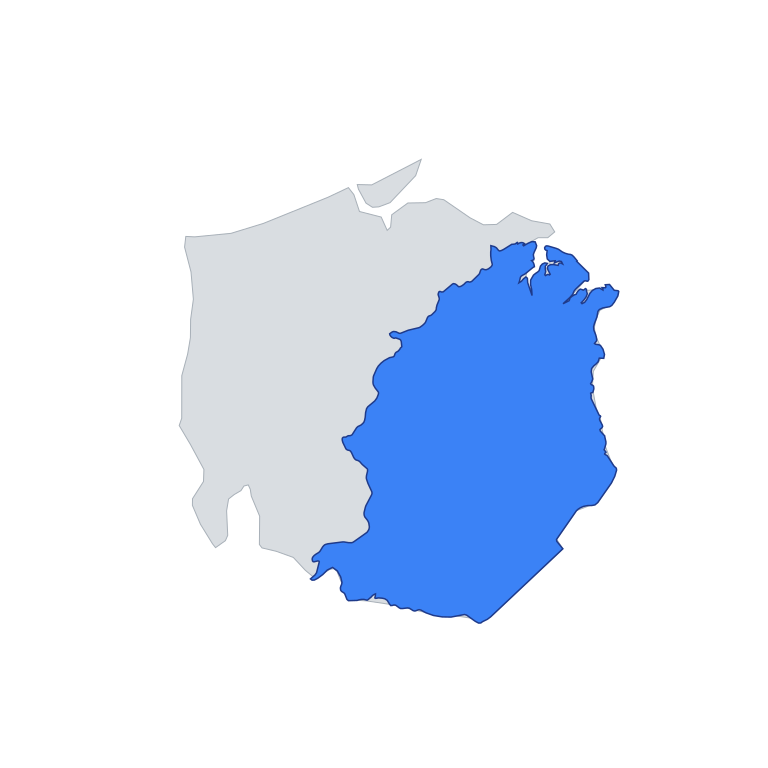 location of Northern within Sierra Leone, rotated 137°
{"feature_id": "SLE-762", "entity_name": "Northern", "entity_type": "Province", "adm_level": 1, "iso_a3": "SLE", "parent_name": "Sierra Leone", "parent_adm1": "", "projection": "mercator", "projection_center": [-12.175, 9.121], "detail": "fine", "context": "in_parent", "style": "filled", "palette": "blue", "viewbox_px": 768, "rotation_deg": 137, "n_neighbors": 0, "source": "natural_earth", "source_scale": "10m", "svg_char_len": 7746}
<svg xmlns="http://www.w3.org/2000/svg" viewBox="0 0 768 768"><g transform="rotate(137 384 384)"><path d="M618.8,379.2L618.4,384.1L613.9,406.6L606.9,425.9L602.3,430.7L582.5,435.8L574.0,444.3L566.8,471.8L562.1,493.3L555.3,496.9L526.2,528.0L507.2,539.8L494.0,549.9L481.4,563.1L465.6,576.0L448.7,597.6L436.5,620.1L428.3,627.1L422.1,620.7L393.1,598.5L362.7,583.7L297.7,558.8L276.1,551.9L276.9,543.0L284.3,526.9L272.2,508.0L276.9,494.2L272.2,494.2L262.9,502.5L243.1,500.1L230.0,488.3L219.3,484.0L214.6,478.0L207.7,446.8L202.7,432.6L192.8,423.9L172.9,421.8L164.7,402.7L153.6,387.9L155.4,378.8L164.4,379.3L171.5,385.9L182.8,388.7L196.9,372.7L209.6,364.0L212.5,356.4L211.0,352.3L203.3,358.7L182.3,357.1L177.1,362.9L167.8,364.8L160.5,346.0L160.9,335.0L163.8,322.9L185.0,320.8L186.8,316.9L172.1,314.3L153.8,300.1L150.5,290.4L159.6,287.1L168.3,288.5L175.8,290.6L184.0,287.2L191.7,281.8L196.3,275.0L202.5,256.6L222.3,250.5L234.0,239.3L245.2,221.8L250.3,209.5L254.8,203.4L257.7,198.1L259.9,192.3L264.8,187.0L270.1,174.0L273.6,162.1L285.1,156.5L308.4,151.5L329.5,160.1L363.7,152.6L365.5,141.5L396.8,141.3L433.8,141.1L464.7,140.9L475.3,143.9L479.1,152.2L489.3,165.1L499.9,174.1L513.0,193.8L528.3,216.7L544.8,237.4L555.4,248.6L556.6,252.5L555.9,257.0L550.6,267.5L546.2,278.9L546.6,283.1L549.8,285.3L567.0,288.8L568.6,301.5L568.6,319.0L577.0,335.3L585.0,347.3L584.6,351.6L565.1,372.1L557.5,392.5L553.6,398.2L552.1,402.8L556.0,404.9L561.3,403.6L568.9,405.3L576.1,405.9L585.6,398.6L601.5,379.9L606.8,377.6L618.8,379.2ZM269.8,544.0L267.5,548.1L257.2,538.0L203.6,522.9L218.7,514.8L255.9,512.5L267.0,517.1L271.9,521.1L273.8,528.5L269.8,544.0Z" fill="#d9dde1" stroke="#a8b0b8" stroke-width="1"/><path d="M464.8,141.0L468.8,141.4L474.1,143.0L476.2,143.2L477.9,144.7L479.1,148.2L481.2,158.6L482.3,160.5L493.9,167.8L500.3,174.0L505.7,181.0L509.4,188.1L511.2,193.5L512.2,195.0L513.0,195.5L515.6,196.5L516.6,197.3L517.3,198.5L518.3,202.6L519.5,204.2L523.4,207.0L525.0,208.5L525.5,209.8L526.3,214.2L527.4,215.6L529.0,216.4L530.2,217.4L530.0,219.6L529.2,223.6L529.9,226.4L531.5,228.7L533.9,231.3L536.3,232.9L536.6,233.8L534.9,234.9L533.4,236.3L535.4,237.0L538.1,237.1L539.1,236.9L540.7,237.1L542.3,237.1L543.8,237.4L545.6,240.2L547.5,241.9L549.6,243.3L551.2,244.0L557.8,249.8L558.0,251.8L555.8,257.3L555.8,258.6L556.5,261.3L556.3,262.8L555.0,264.6L553.4,265.6L551.6,266.4L550.1,267.5L547.3,272.4L545.6,279.2L546.7,284.9L552.3,286.6L558.8,286.4L564.9,287.1L568.6,288.1L570.4,289.6L570.7,291.6L564.7,291.4L562.0,292.0L552.6,298.1L552.4,298.7L553.0,299.7L556.5,301.7L557.0,302.4L557.0,303.3L556.0,304.9L555.1,305.6L554.0,306.0L552.0,306.2L550.1,306.0L546.6,305.3L545.6,305.3L544.6,305.4L540.0,306.7L538.2,306.9L537.0,306.8L536.1,306.5L534.0,305.4L522.1,296.8L521.0,295.8L518.1,292.1L515.9,290.0L514.9,289.5L513.5,289.2L497.6,287.1L495.3,287.6L493.8,288.2L492.2,289.4L490.0,292.6L489.4,294.1L489.0,295.9L488.7,299.8L488.1,301.3L487.2,302.6L486.1,303.7L481.5,306.7L480.1,307.4L468.7,311.4L467.3,312.2L466.4,313.5L463.5,322.3L461.5,326.7L460.5,327.9L459.2,329.0L455.6,331.4L454.4,332.6L454.1,333.3L454.8,340.0L454.7,343.9L455.1,345.5L456.3,347.6L456.5,349.3L456.2,351.1L454.6,355.9L454.3,357.6L454.4,358.4L454.7,359.1L455.6,360.4L455.9,361.1L456.1,362.5L454.0,369.2L453.1,371.0L452.2,372.2L451.4,372.8L450.5,372.9L449.8,372.7L448.1,371.2L445.8,370.7L445.1,370.3L444.0,369.3L442.5,368.7L441.7,368.7L433.9,370.7L432.1,370.7L428.9,369.7L426.6,369.6L424.8,369.8L422.9,370.7L420.4,372.5L417.0,375.6L413.5,377.9L411.2,378.4L402.4,377.9L398.8,378.6L395.4,380.2L394.5,380.8L394.0,381.3L393.6,382.1L393.2,386.9L392.4,390.4L391.8,391.6L390.7,393.0L387.1,396.4L386.0,397.1L378.8,400.2L375.9,401.0L371.8,401.3L367.9,401.0L362.0,399.5L359.2,397.8L358.1,397.4L357.0,397.7L355.4,398.6L354.3,398.9L353.4,398.9L351.4,398.4L348.9,398.6L347.5,399.1L345.6,399.1L342.4,403.3L341.9,404.8L341.9,405.6L342.2,406.3L343.7,409.2L344.1,409.8L345.4,410.5L345.8,411.1L346.4,412.7L346.5,414.3L346.2,416.0L345.6,416.9L342.6,416.5L341.8,416.2L341.1,415.8L339.6,414.0L338.4,410.9L337.9,410.3L337.3,409.8L329.6,406.8L320.1,401.4L319.0,401.0L315.9,400.6L313.6,400.6L312.3,400.7L311.2,401.0L306.8,403.0L305.5,403.2L304.5,403.0L303.1,402.3L301.9,402.1L297.4,402.2L296.0,402.5L294.9,402.9L293.8,404.0L291.4,405.6L286.0,408.1L285.0,409.2L283.5,412.4L282.7,413.1L281.2,413.9L280.3,413.8L279.8,413.3L279.0,411.8L277.7,411.0L265.8,410.4L264.8,410.1L263.8,408.8L263.3,407.2L263.1,404.4L262.6,403.9L262.0,403.4L260.5,402.8L257.7,402.4L254.9,402.5L253.5,402.1L252.7,401.5L251.9,400.1L250.5,399.4L249.6,399.2L240.3,399.4L238.9,399.6L235.7,401.3L234.6,401.4L233.7,401.2L233.2,400.6L232.5,399.2L231.5,398.0L230.5,397.5L229.0,397.0L226.1,396.7L224.7,396.9L223.6,397.3L223.1,397.8L221.2,401.3L218.5,405.0L215.9,407.8L214.1,409.3L211.5,412.3L209.5,409.1L208.9,406.9L209.1,404.0L209.0,403.1L208.7,402.4L207.2,401.6L204.9,400.9L195.2,399.0L194.2,398.1L192.6,397.0L190.0,396.7L189.4,396.5L190.8,396.3L190.8,395.2L188.9,394.8L187.3,394.0L186.1,392.7L185.5,390.9L187.6,390.9L187.6,389.8L183.1,388.8L178.8,387.3L176.5,384.9L178.0,381.1L179.8,379.8L184.5,377.9L186.5,376.8L187.6,375.3L188.6,373.5L189.8,372.7L191.9,373.6L191.8,371.8L192.3,370.1L193.1,368.5L194.0,367.2L195.5,367.6L205.8,368.3L208.8,369.1L210.5,369.3L211.8,368.8L214.9,366.7L216.3,366.0L213.5,365.4L210.2,365.8L207.2,365.5L206.9,363.7L206.8,363.8L209.8,360.1L215.4,347.7L211.5,352.5L209.0,356.8L205.9,360.0L200.4,361.7L197.6,361.5L195.3,361.1L193.2,361.1L189.2,363.5L186.4,363.8L183.8,362.9L182.2,360.7L185.7,360.1L187.6,358.1L189.1,355.9L191.9,354.2L191.9,353.1L189.7,352.6L189.1,352.0L188.6,350.9L187.6,350.9L186.2,355.8L185.1,357.7L183.3,358.5L180.8,357.7L178.6,355.8L175.8,352.0L174.2,352.9L173.0,352.7L172.1,351.7L171.5,350.0L170.7,352.6L172.0,354.4L174.4,355.5L176.9,356.3L174.8,357.4L179.1,360.6L179.3,364.1L177.0,367.5L173.7,370.3L174.4,371.6L174.4,373.0L173.6,374.1L172.0,374.6L170.8,374.1L169.8,372.9L165.7,366.0L164.5,363.5L163.5,358.9L162.3,356.0L160.7,353.3L159.2,351.5L158.5,349.8L158.4,347.2L158.7,342.3L159.4,342.3L158.7,325.6L163.0,320.6L164.8,320.2L165.5,320.8L166.0,321.8L167.3,322.8L179.2,322.7L181.7,322.3L184.9,320.9L189.3,320.5L198.3,320.6L191.9,318.7L190.8,319.1L189.7,320.0L187.0,320.0L184.1,319.4L182.2,318.6L180.5,319.3L178.0,319.8L175.8,319.6L174.8,318.0L174.3,316.8L173.2,316.5L172.1,316.5L171.5,316.3L171.4,315.1L171.8,314.6L172.3,314.3L173.8,311.3L177.0,309.8L180.8,309.1L184.4,308.9L184.4,307.7L181.6,306.9L178.1,307.5L171.5,309.9L167.9,310.3L164.0,309.4L160.9,307.2L159.8,303.4L159.2,304.1L158.9,304.2L158.7,304.5L158.7,305.7L156.4,303.4L155.5,303.6L154.5,305.7L151.2,303.0L151.7,295.5L149.2,292.6L149.2,291.6L152.9,288.9L159.7,286.8L163.8,286.1L166.2,286.6L172.1,290.4L175.7,291.6L178.0,291.2L182.7,287.7L188.7,284.8L191.6,283.0L193.7,280.4L195.7,275.4L197.0,273.1L198.5,271.0L199.4,270.5L202.4,270.1L202.2,268.8L200.1,266.2L199.4,264.6L200.1,260.1L202.6,255.2L205.8,252.9L208.9,256.1L212.3,254.2L215.3,254.0L218.3,254.2L221.6,253.7L224.2,251.5L227.9,245.3L230.6,243.9L232.7,243.3L232.8,242.1L232.2,240.7L232.2,239.5L233.4,237.8L234.3,237.0L236.9,235.5L237.6,235.6L238.4,236.2L239.2,236.3L240.2,234.4L241.8,232.9L242.5,231.9L247.8,214.8L247.8,214.0L247.5,213.3L247.6,212.6L249.7,211.8L250.2,211.5L250.5,211.1L250.9,210.4L252.3,205.2L253.0,203.9L254.5,203.3L256.0,203.5L257.2,203.4L257.9,202.1L258.0,195.4L258.5,194.9L261.1,190.4L262.5,188.9L267.3,186.0L267.8,185.9L268.0,185.3L268.0,183.3L268.3,182.6L269.9,182.7L270.4,182.3L270.3,181.5L269.6,179.3L271.7,167.6L271.7,165.9L271.5,164.8L271.6,163.9L272.6,162.4L278.2,159.1L285.2,156.5L308.6,151.5L312.2,151.7L315.0,153.5L317.8,156.1L321.5,158.4L324.5,159.5L327.0,160.0L329.7,160.1L363.8,152.7L364.9,151.2L365.6,141.5L464.8,141.0Z" fill="#3b82f6" stroke="#1e3a8a" stroke-width="1.5"/></g></svg>